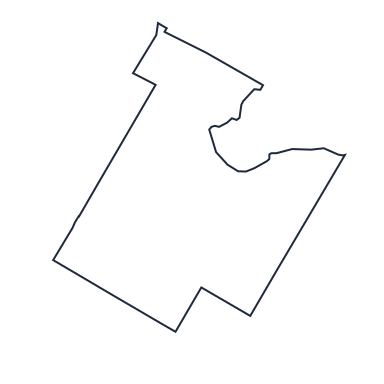 outline of Brown, Wisconsin, United States of America, rotated 30°
{"feature_id": "52423323B36008128098590", "entity_name": "Brown", "entity_type": "district", "adm_level": 2, "iso_a3": "USA", "parent_name": "United States of America", "parent_adm1": "Wisconsin", "projection": "natural_earth1", "projection_center": [-88.012, 44.46], "detail": "fine", "context": "isolated", "style": "outline", "palette": "slate", "viewbox_px": 384, "rotation_deg": 30, "n_neighbors": 0, "source": "geoboundaries", "source_scale": "gbopen_adm2", "svg_char_len": 812}
<svg xmlns="http://www.w3.org/2000/svg" viewBox="0 0 384 384"><g transform="rotate(30 192 192)"><path d="M305.9,83.4L304.3,84.9L299.9,86.5L284.3,88.2L274.1,95.7L257.3,104.7L245.8,116.1L241.4,118.7L240.2,120.6L242.3,124.5L242.5,124.8L241.4,127.9L234.1,140.2L228.5,147.3L223.6,149.9L221.6,151.0L209.1,150.6L192.9,145.4L179.0,132.4L175.7,129.3L176.3,125.8L178.7,123.3L182.9,122.0L187.8,114.3L189.7,108.2L194.6,107.3L196.1,104.1L191.1,91.7L190.9,87.8L194.5,71.9L200.1,69.3L200.1,64.0L134.5,64.3L89.5,67.0L88.1,67.0L88.2,62.8L82.7,62.8L78.1,62.7L82.6,73.9L81.5,118.6L106.9,117.4L106.4,232.3L106.4,258.4L106.4,269.7L106.0,269.7L105.9,272.8L105.8,276.8L106.5,282.8L105.8,320.4L175.3,321.0L231.0,321.3L247.6,321.3L247.8,270.0L304.4,270.2L304.6,218.8L305.9,83.4Z" fill="none" stroke="#1e293b" stroke-width="2"/></g></svg>